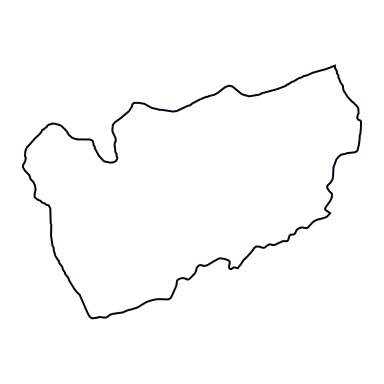 Río Hondo, Zacapa, Guatemala (Robinson projection)
{"feature_id": "79465075B55217962729749", "entity_name": "Río Hondo", "entity_type": "district", "adm_level": 2, "iso_a3": "GTM", "parent_name": "Guatemala", "parent_adm1": "Zacapa", "projection": "robinson", "projection_center": [-89.587, 15.094], "detail": "fine", "context": "isolated", "style": "outline", "palette": "ink", "viewbox_px": 384, "rotation_deg": 0, "n_neighbors": 0, "source": "geoboundaries", "source_scale": "gbopen_adm2", "svg_char_len": 4851}
<svg xmlns="http://www.w3.org/2000/svg" viewBox="0 0 384 384"><path d="M161.9,109.8L160.2,109.9L151.8,107.9L144.3,103.8L139.0,102.9L134.0,102.9L132.4,104.4L131.7,106.9L129.1,111.1L120.4,118.4L114.9,122.3L112.9,124.8L112.5,128.3L112.4,131.3L115.6,138.4L115.8,141.1L114.9,142.4L114.5,146.0L114.9,146.8L115.4,152.0L116.5,153.8L116.5,155.8L117.3,157.8L116.9,159.4L115.7,161.2L114.1,162.1L110.6,162.7L104.0,161.3L98.9,155.8L94.8,148.2L94.8,146.9L93.7,145.3L93.0,141.5L92.2,140.5L90.1,139.5L77.3,139.4L72.5,138.0L68.8,134.9L66.5,131.0L61.6,126.1L59.7,125.1L55.2,123.8L52.2,123.5L51.5,124.1L49.5,124.4L47.4,125.6L46.7,126.9L43.0,129.8L42.3,129.8L41.2,132.2L39.1,134.6L34.9,138.5L27.9,146.5L26.8,147.4L25.4,151.0L24.9,155.9L25.5,157.0L25.7,158.9L25.0,161.8L23.1,165.0L23.0,167.6L25.3,171.1L29.4,175.3L30.6,179.2L33.2,181.8L34.8,184.9L35.6,189.3L34.6,194.1L34.7,197.3L38.0,199.9L40.0,200.5L42.5,202.8L44.5,203.3L46.4,204.8L48.6,205.3L50.3,208.3L50.7,223.2L51.3,224.9L51.0,235.2L52.4,245.3L53.7,248.0L53.7,249.7L55.3,255.9L58.0,260.1L58.7,260.5L59.1,262.7L62.3,267.0L63.0,269.7L65.0,272.6L65.1,273.8L68.4,278.1L69.1,280.4L74.8,289.6L77.3,292.7L79.6,294.6L87.6,313.0L89.6,316.6L91.8,318.3L97.7,317.7L98.2,317.2L99.3,317.0L100.6,317.1L101.6,317.2L102.1,317.3L102.9,317.4L103.7,317.6L104.6,317.6L105.7,317.6L107.0,317.0L109.0,315.6L109.8,315.0L110.7,314.5L111.9,314.1L112.7,313.9L114.7,313.6L117.7,313.2L119.4,312.9L122.6,312.5L124.0,311.9L125.9,311.0L127.8,310.3L130.4,309.6L131.5,309.4L132.8,309.0L133.8,308.6L135.0,308.3L136.2,308.0L137.3,307.5L138.6,306.9L141.5,305.0L142.1,304.6L142.6,304.3L144.1,303.5L146.2,302.2L149.0,301.1L152.5,300.1L156.0,299.4L159.0,299.1L163.5,299.3L165.1,299.3L166.4,299.4L167.4,299.4L168.3,299.3L169.2,299.0L170.2,298.3L171.0,297.4L171.6,296.5L174.0,291.1L176.1,286.3L176.5,284.8L176.8,282.7L176.9,281.9L176.9,281.1L177.6,280.0L178.3,279.4L179.5,278.9L180.5,278.5L181.8,278.2L182.8,278.1L183.6,278.1L184.7,278.4L185.8,278.8L186.7,279.2L187.3,279.5L188.0,279.5L188.7,279.2L189.6,278.8L194.8,273.5L195.4,272.5L195.8,271.5L196.1,270.6L196.4,269.2L196.7,268.1L197.2,267.2L197.9,266.4L198.4,265.8L198.9,265.5L200.1,265.1L200.9,265.1L201.6,265.3L202.3,265.5L203.0,265.7L203.7,265.8L204.2,265.8L204.9,265.8L206.3,265.6L207.9,264.9L210.2,263.5L214.1,261.1L216.4,259.9L218.2,258.9L218.9,258.6L219.6,258.4L220.8,258.4L222.6,258.6L224.7,259.1L226.6,259.6L227.6,260.0L228.4,260.4L229.0,260.8L229.5,261.3L229.8,262.4L229.7,263.2L229.6,264.1L229.3,264.7L229.2,265.4L229.1,266.1L229.1,267.4L229.2,268.0L229.7,268.6L230.3,269.0L231.1,269.1L231.8,268.7L232.5,268.2L233.1,267.7L233.8,267.5L234.7,267.5L235.3,267.5L236.1,267.8L237.0,268.1L237.8,268.2L238.7,266.9L240.2,265.1L241.6,263.2L242.9,261.0L243.7,260.0L244.9,258.8L247.3,256.5L251.0,252.5L252.4,250.7L253.3,249.4L254.0,248.4L254.8,247.5L255.7,246.8L256.3,246.6L256.9,246.6L257.9,246.5L259.0,246.6L260.0,246.9L261.1,247.3L262.1,247.6L262.8,247.7L263.4,247.8L264.0,247.8L265.3,247.2L266.8,245.9L268.0,245.1L269.0,244.6L269.7,244.3L271.1,244.5L271.7,244.8L272.5,245.0L273.1,245.0L274.0,245.0L274.7,244.8L275.4,244.7L276.1,244.3L276.9,243.8L277.8,243.4L278.6,243.0L280.1,242.5L282.2,241.4L283.0,241.1L284.0,241.1L284.5,241.1L285.5,241.2L286.1,241.2L286.6,241.2L287.2,241.1L287.9,240.4L288.3,239.8L288.6,238.9L288.7,238.1L289.0,237.2L289.2,236.5L289.5,235.8L290.0,235.2L290.5,234.7L291.1,234.6L292.1,234.6L292.7,234.6L293.5,234.6L294.5,234.0L294.9,233.5L295.3,232.9L295.7,232.2L295.9,231.6L296.1,230.9L296.5,230.3L297.0,229.7L297.5,229.2L298.2,228.8L299.1,228.3L299.7,228.0L300.3,227.7L300.9,227.6L301.7,227.5L302.4,227.5L303.3,227.6L304.5,227.9L305.3,228.0L306.2,228.1L307.0,228.0L307.6,227.7L308.1,227.4L309.2,226.0L309.8,225.4L310.3,224.9L312.4,222.6L313.6,221.5L315.5,220.6L316.8,219.9L317.7,219.5L319.5,219.1L321.0,218.8L325.3,217.5L326.2,217.2L327.0,216.6L327.9,215.7L329.0,214.5L330.1,213.2L325.4,209.9L325.0,208.5L326.0,206.8L330.1,201.2L332.0,196.9L331.8,193.6L329.3,191.2L327.3,188.1L327.3,185.8L330.8,182.3L332.5,179.4L333.1,176.2L333.5,167.3L336.3,159.7L338.1,157.2L341.1,154.7L346.0,153.7L347.0,153.1L354.3,152.4L356.4,151.6L357.4,150.5L358.9,144.8L359.7,138.6L359.7,135.4L360.2,134.6L360.9,128.4L361.0,121.5L360.2,120.4L358.5,119.9L357.3,118.4L357.5,115.8L358.6,112.9L358.3,108.3L356.2,105.2L355.7,105.0L353.2,102.4L351.9,101.5L347.6,96.9L343.4,90.2L342.8,85.6L340.6,82.6L338.3,76.7L338.3,75.1L337.0,73.3L336.6,70.4L335.2,68.7L334.9,65.7L326.0,69.1L313.1,72.6L307.1,75.3L303.3,76.2L302.4,77.1L298.5,78.4L294.0,81.2L291.5,82.0L289.6,83.6L288.5,83.8L288.0,84.6L286.8,84.7L285.7,85.9L276.7,89.3L262.0,93.2L259.4,94.6L249.5,96.3L244.5,95.1L241.7,94.1L232.5,86.6L229.4,85.7L226.6,86.5L224.0,88.0L218.0,92.7L214.4,94.7L208.6,96.2L207.7,96.9L206.2,96.9L199.6,99.6L192.1,103.6L190.3,105.2L187.2,106.1L176.6,111.1L172.5,111.5L161.9,109.8Z" fill="none" stroke="#020617" stroke-width="2"/></svg>